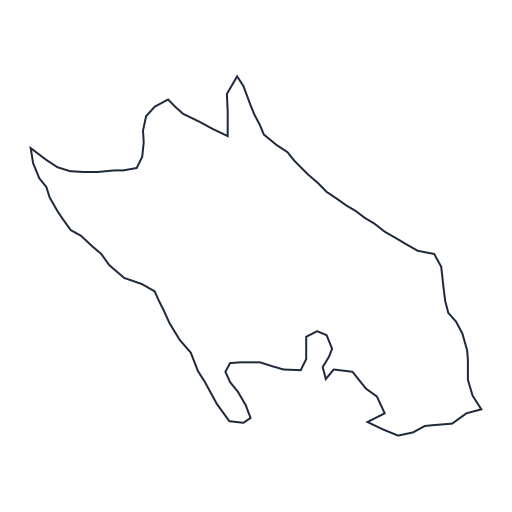 Marathovounos, Cyprus
{"feature_id": "46923920B63450565530308", "entity_name": "Marathovounos", "entity_type": "district", "adm_level": 2, "iso_a3": "CYP", "parent_name": "Cyprus", "parent_adm1": "", "projection": "natural_earth1", "projection_center": [33.631, 35.217], "detail": "fine", "context": "isolated", "style": "outline", "palette": "slate", "viewbox_px": 512, "rotation_deg": 0, "n_neighbors": 0, "source": "geoboundaries", "source_scale": "gbopen_adm2", "svg_char_len": 1487}
<svg xmlns="http://www.w3.org/2000/svg" viewBox="0 0 512 512"><path d="M30.7,148.1L33.1,163.2L39.3,178.3L46.4,187.1L49.6,197.4L57.4,211.0L62.1,218.1L70.7,230.1L80.9,235.7L91.9,246.0L101.3,254.0L109.2,265.1L124.1,277.9L142.2,284.2L154.7,291.4L158.6,300.2L163.4,309.7L169.6,323.3L179.8,340.0L190.8,352.7L197.9,371.0L205.0,382.2L212.8,396.5L216.7,403.7L229.3,421.2L243.4,422.8L250.5,418.0L245.8,405.3L237.9,391.8L230.1,382.2L225.4,371.8L230.1,363.1L240.3,362.3L251.3,362.3L259.9,362.3L272.5,366.3L283.5,369.5L300.7,370.2L306.2,359.1L306.2,349.5L306.2,336.8L317.2,331.2L326.6,335.2L332.1,348.7L329.0,356.7L322.7,367.1L325.8,379.0L333.7,369.5L352.5,371.8L365.9,388.6L376.9,396.5L384.7,413.3L367.5,422.0L382.4,429.2L398.1,435.6L413.0,432.4L424.8,426.0L432.6,425.2L452.2,423.6L466.4,413.3L481.3,409.3L472.6,395.7L467.9,379.8L467.9,359.9L467.1,350.3L462.4,333.6L456.1,321.7L448.3,312.9L445.2,301.0L443.6,288.2L441.2,266.7L434.2,254.0L417.7,250.8L405.1,243.6L395.7,238.0L384.7,231.7L374.5,223.7L365.1,218.1L355.7,211.0L346.2,205.4L338.4,199.8L326.6,191.9L318.0,183.1L307.8,174.3L294.4,160.8L287.4,152.1L276.4,144.9L263.8,134.5L259.9,125.0L254.4,114.6L250.5,105.1L243.4,86.0L237.1,76.4L226.9,93.9L227.7,112.3L227.7,136.1L212.8,129.0L199.5,121.8L183.0,113.8L175.1,106.7L168.1,99.5L154.7,106.7L146.1,116.2L143.0,130.6L143.7,142.5L142.2,156.8L136.7,168.0L123.3,170.4L114.7,170.4L97.4,172.0L84.1,172.0L70.0,171.2L57.4,167.2L46.4,160.0L30.7,148.1Z" fill="none" stroke="#1e293b" stroke-width="2"/></svg>